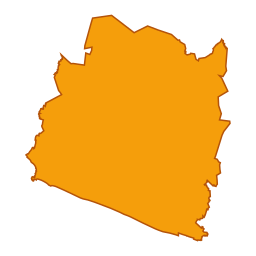 outline of Técpan de Galeana, Guerrero, Mexico
{"feature_id": "50627088B73770248415585", "entity_name": "Técpan de Galeana", "entity_type": "district", "adm_level": 2, "iso_a3": "MEX", "parent_name": "Mexico", "parent_adm1": "Guerrero", "projection": "natural_earth1", "projection_center": [-100.8, 17.404], "detail": "fine", "context": "isolated", "style": "filled", "palette": "amber", "viewbox_px": 256, "rotation_deg": 0, "n_neighbors": 0, "source": "geoboundaries", "source_scale": "gbopen_adm2", "svg_char_len": 5542}
<svg xmlns="http://www.w3.org/2000/svg" viewBox="0 0 256 256"><path d="M27.2,157.3L30.0,159.8L30.5,160.5L31.2,162.1L31.5,162.4L33.3,163.7L34.4,164.9L35.4,166.5L35.8,167.6L35.7,167.9L35.7,168.2L36.1,168.4L36.3,169.3L36.3,169.9L36.2,170.0L36.0,170.6L36.3,170.8L36.5,171.1L35.8,171.9L35.9,172.4L35.7,172.9L35.2,173.5L35.6,174.0L35.0,175.6L34.8,175.7L34.7,175.9L34.9,176.9L34.8,177.1L34.6,177.1L34.4,177.4L34.2,177.3L34.0,177.6L33.1,176.7L33.0,176.8L32.2,176.8L32.0,177.4L31.5,178.1L31.8,178.3L31.7,178.7L31.7,179.3L32.0,179.5L31.9,179.7L31.9,179.9L32.8,180.5L32.8,180.8L33.0,180.9L33.4,181.0L33.6,180.9L33.8,180.5L33.8,179.8L34.0,179.5L35.5,179.3L36.1,179.9L36.3,180.0L36.7,179.2L37.0,179.0L37.6,179.0L39.1,179.4L41.6,180.3L43.8,181.4L46.2,182.8L47.3,183.6L48.3,184.5L48.6,185.0L49.3,185.2L50.6,186.0L50.9,186.0L51.2,185.8L51.8,185.6L52.9,185.7L55.3,186.3L56.8,186.9L64.6,190.4L80.4,197.9L83.2,198.9L88.1,200.0L94.7,202.2L110.3,208.1L120.0,212.3L124.0,214.3L128.1,215.8L130.8,217.0L143.1,223.1L155.5,228.9L159.0,230.3L162.9,231.7L169.9,233.1L175.9,234.8L178.4,235.7L178.5,233.0L182.7,234.5L186.3,235.6L186.7,235.8L186.8,236.0L187.1,235.9L189.0,236.7L193.7,238.1L193.6,239.1L197.6,240.6L197.9,240.0L200.0,240.3L200.5,239.9L201.0,240.4L201.6,240.1L201.5,238.5L202.0,237.6L201.8,236.9L203.5,235.6L204.2,235.3L204.8,235.9L205.1,235.5L205.8,235.9L206.0,235.5L207.2,235.9L207.8,234.3L207.4,234.1L207.6,233.5L206.8,232.9L206.9,232.5L206.1,232.3L205.0,232.3L204.0,232.1L202.9,231.1L203.4,229.9L204.0,228.9L202.7,228.0L203.0,227.1L202.1,226.6L201.3,228.0L195.7,222.8L196.7,220.6L197.7,219.7L197.6,219.4L199.8,219.9L200.2,218.6L200.5,218.5L201.1,218.7L201.7,218.4L202.5,218.4L203.0,217.6L202.9,217.3L203.0,217.0L202.9,216.0L204.2,217.2L204.5,216.7L204.6,216.0L204.9,215.5L204.9,215.1L205.2,215.0L206.0,212.3L206.4,211.0L206.5,210.1L206.9,209.0L207.0,209.0L207.0,209.7L207.1,209.9L208.0,209.8L208.1,209.6L207.9,209.2L208.2,208.2L209.3,207.2L207.7,203.4L208.6,202.5L209.3,201.0L209.7,200.9L210.0,200.4L209.9,200.2L209.6,199.8L209.1,199.8L209.2,199.1L209.0,198.7L208.8,198.5L208.8,197.9L209.3,197.1L209.5,197.0L209.6,196.8L209.9,196.5L210.3,196.5L210.0,191.9L209.8,191.8L210.1,191.0L208.4,190.4L208.6,189.7L208.6,188.7L208.2,188.6L207.7,187.9L207.8,187.6L207.4,187.1L206.9,186.8L206.6,186.5L206.5,186.1L206.7,185.7L206.4,185.0L205.8,184.9L204.8,185.1L204.4,184.6L206.2,183.0L207.4,181.7L207.4,181.3L206.9,181.1L207.0,180.7L207.2,180.3L213.1,185.9L213.8,185.0L213.9,184.9L214.9,186.2L216.0,186.4L216.4,185.3L217.3,184.2L217.1,180.3L216.6,175.3L218.4,174.3L220.5,172.9L219.9,169.3L219.6,164.8L220.3,162.7L218.7,161.9L217.2,159.3L214.6,158.4L215.5,156.2L222.0,135.3L223.8,131.4L230.0,123.4L229.7,121.2L219.5,119.9L221.3,113.7L218.6,105.5L218.2,96.9L227.8,91.2L221.8,78.3L219.3,75.6L223.0,76.5L226.5,70.7L225.8,66.2L227.2,48.5L226.7,48.6L226.3,48.4L225.9,48.5L225.9,48.2L226.2,47.9L226.3,47.7L226.0,47.1L225.9,47.0L225.4,47.3L224.7,46.7L224.7,46.3L225.0,46.2L224.9,45.8L224.8,45.7L224.2,45.6L224.3,45.2L224.0,45.0L224.2,44.3L224.6,44.0L224.6,43.6L224.1,43.4L223.7,43.7L223.7,43.3L223.5,43.1L222.9,42.9L222.9,42.7L223.2,42.5L223.3,42.1L222.9,42.0L223.2,41.3L223.3,40.6L222.8,40.4L222.2,40.5L222.1,39.9L221.7,39.3L221.5,39.8L220.4,41.9L220.1,42.2L219.3,42.5L218.7,43.2L218.2,43.6L217.8,43.5L217.7,43.6L216.9,44.3L216.9,44.7L216.4,44.8L216.0,45.0L215.6,45.4L215.5,45.9L215.1,46.2L214.8,46.8L214.2,47.2L213.8,48.0L213.0,48.6L213.3,49.2L213.4,50.5L212.9,51.6L212.8,51.8L212.5,52.7L212.5,53.1L212.3,53.4L211.8,53.7L211.2,53.8L210.9,54.2L210.5,54.1L210.3,54.2L209.9,54.5L209.6,54.9L205.2,57.6L199.0,58.5L198.4,60.8L196.0,59.3L194.5,53.9L190.7,53.3L190.3,54.1L187.1,54.9L185.0,53.4L185.0,52.8L185.9,52.1L185.8,51.4L184.8,51.1L185.7,48.6L184.7,44.5L180.1,41.8L179.5,40.0L177.9,40.2L171.5,34.5L157.8,29.9L147.6,26.0L134.1,32.7L111.6,15.4L92.6,18.1L90.7,24.6L84.9,45.6L84.6,48.7L91.9,47.2L91.6,50.6L89.8,54.5L85.8,53.0L84.4,65.1L73.1,63.5L71.0,63.7L67.4,60.6L61.1,54.6L61.5,55.9L62.1,56.3L62.4,56.6L62.5,57.4L62.2,57.8L62.5,58.3L62.1,58.6L62.3,58.8L62.3,59.3L60.8,59.8L61.0,60.5L60.8,61.0L60.2,61.1L59.8,61.3L59.5,61.2L59.1,61.2L58.9,61.7L59.2,62.0L58.8,62.9L58.5,62.9L58.4,63.1L58.5,63.5L58.4,63.6L59.0,64.4L59.3,64.2L59.6,64.6L59.0,65.0L58.5,65.7L58.7,65.8L58.1,67.1L58.2,67.7L58.2,68.6L58.3,69.2L57.4,69.5L57.5,70.5L57.8,70.8L56.7,71.8L56.7,72.3L57.3,72.4L57.4,72.6L56.4,73.5L56.0,73.0L55.4,72.8L54.6,74.1L54.2,74.5L55.1,74.9L55.3,75.2L54.3,77.3L58.6,90.5L60.5,92.9L61.6,94.6L45.8,103.0L45.9,103.4L45.7,103.4L45.6,103.7L45.8,103.9L45.6,104.0L45.6,104.3L45.4,104.3L45.5,105.1L45.4,105.9L45.2,105.6L44.9,105.5L44.7,105.8L43.8,105.5L43.7,105.5L43.6,106.7L43.1,107.2L43.2,107.5L43.4,108.4L43.3,109.1L43.2,109.2L42.7,109.2L41.7,108.5L41.0,108.7L41.1,108.9L40.8,109.1L40.7,109.4L40.3,110.2L39.4,111.8L39.2,111.9L39.3,112.2L39.2,112.6L39.1,112.8L39.2,113.0L39.6,112.9L39.6,113.2L39.4,113.3L39.8,113.5L39.1,113.6L38.9,113.8L38.7,114.2L38.9,114.4L38.9,114.9L39.4,115.4L39.2,116.2L39.5,116.3L39.6,116.7L39.4,117.0L39.6,117.3L39.6,118.5L40.4,118.8L40.7,118.5L40.8,118.7L40.6,119.1L43.3,119.9L42.7,122.3L42.4,124.6L42.2,124.9L42.0,125.2L41.8,125.7L41.9,126.7L43.8,130.8L40.7,133.4L39.5,133.3L39.4,133.7L39.1,133.8L38.9,134.0L38.9,134.3L39.1,134.6L38.8,135.2L38.8,135.8L37.1,135.2L36.3,135.8L35.9,136.3L35.4,137.9L35.3,139.1L35.1,140.0L36.0,140.2L35.7,141.3L35.7,143.1L34.4,148.1L34.0,148.3L33.8,148.6L33.1,147.4L32.4,147.6L31.5,149.5L29.7,151.7L28.3,153.9L27.6,153.8L26.0,154.9L26.3,155.4L27.2,156.3L27.5,157.1L27.2,157.3Z" fill="#f59e0b" stroke="#b45309" stroke-width="1.5"/></svg>